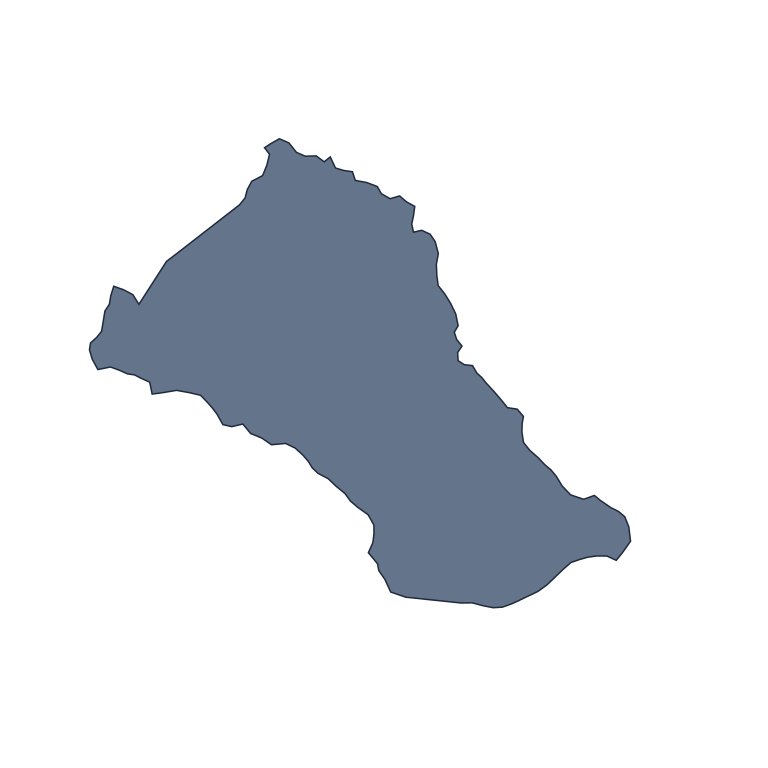 the district of Tanquinho, Bahia, Brazil, rotated 112°
{"feature_id": "56859067B21110119970991", "entity_name": "Tanquinho", "entity_type": "district", "adm_level": 2, "iso_a3": "BRA", "parent_name": "Brazil", "parent_adm1": "Bahia", "projection": "albers", "projection_center": [-39.095, -11.948], "detail": "fine", "context": "isolated", "style": "filled", "palette": "slate", "viewbox_px": 768, "rotation_deg": 112, "n_neighbors": 0, "source": "geoboundaries", "source_scale": "gbopen_adm2", "svg_char_len": 1993}
<svg xmlns="http://www.w3.org/2000/svg" viewBox="0 0 768 768"><g transform="rotate(112 384 384)"><path d="M203.4,464.2L203.7,475.7L206.0,486.8L199.0,492.8L201.1,501.3L201.9,509.9L193.6,518.9L200.4,522.7L197.9,532.3L202.3,542.4L202.0,552.0L196.1,562.4L195.8,572.9L203.9,579.3L209.7,583.3L213.9,576.2L224.9,574.6L236.2,574.6L245.6,582.6L255.1,583.6L263.5,582.5L272.0,585.1L337.4,623.1L351.8,631.6L401.9,641.1L395.3,650.2L394.2,660.4L394.6,671.2L404.5,670.4L412.9,668.5L420.9,670.1L431.1,667.8L440.9,665.6L448.3,667.8L455.9,671.5L462.7,669.9L470.4,663.7L477.8,654.7L470.7,644.0L470.4,635.0L470.7,625.7L469.0,618.6L469.7,611.6L470.1,601.9L480.2,595.2L475.1,586.2L467.6,573.9L464.9,561.0L463.2,549.8L466.9,541.5L470.4,534.4L474.4,527.7L482.0,518.2L480.6,509.2L474.0,499.9L479.9,489.0L479.9,477.1L482.5,465.6L476.0,453.0L476.7,442.4L480.2,432.8L484.2,425.0L488.7,419.0L491.6,411.6L492.7,400.3L496.7,390.3L500.2,379.1L505.1,371.3L508.1,362.5L511.2,349.7L518.6,340.5L526.9,337.1L535.3,334.9L546.3,335.3L549.9,328.5L553.2,322.6L559.0,318.9L564.9,309.9L574.4,299.8L573.5,283.8L558.2,230.6L553.9,220.3L552.4,208.6L550.5,198.9L546.6,190.7L540.7,184.0L535.8,179.2L528.8,172.9L518.6,163.5L509.1,157.6L499.3,153.2L488.4,148.3L479.5,143.8L473.4,136.8L468.2,130.1L463.9,122.6L460.0,112.9L460.5,102.6L451.4,99.8L437.4,96.5L424.6,103.6L416.9,111.0L414.4,118.5L413.6,127.5L410.9,139.7L408.5,147.2L416.1,155.7L416.9,169.4L411.8,180.6L405.1,189.6L401.1,197.0L398.7,204.4L394.6,213.4L390.9,223.9L386.0,232.7L376.9,238.1L369.1,241.0L361.8,242.6L357.4,251.1L359.7,260.7L355.0,269.0L349.7,279.3L344.8,289.7L341.4,295.7L339.0,302.1L333.8,308.8L336.0,316.9L334.6,324.0L327.3,327.5L319.6,325.9L315.5,333.3L309.7,338.2L302.2,337.1L292.2,343.7L284.3,352.4L277.6,361.6L272.5,370.6L263.9,375.5L253.4,380.3L242.7,382.5L232.8,389.9L227.8,397.4L227.4,406.7L232.2,413.5L225.3,418.2L216.5,419.8L207.8,422.0L206.7,431.3L203.8,440.0L209.9,447.7L208.5,457.8L203.4,464.2Z" fill="#64748b" stroke="#1e293b" stroke-width="1.5"/></g></svg>